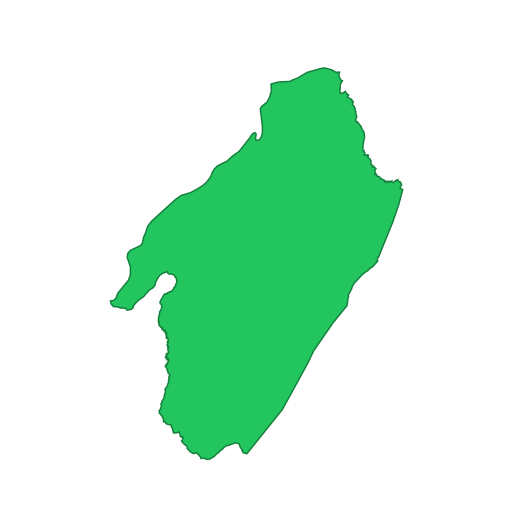 outline of Mwansabombwe, Luapula, Zambia, rotated 34°
{"feature_id": "96606910B97208010005617", "entity_name": "Mwansabombwe", "entity_type": "district", "adm_level": 2, "iso_a3": "ZMB", "parent_name": "Zambia", "parent_adm1": "Luapula", "projection": "equal_earth", "projection_center": [28.784, -9.921], "detail": "fine", "context": "isolated", "style": "filled", "palette": "green", "viewbox_px": 512, "rotation_deg": 34, "n_neighbors": 0, "source": "geoboundaries", "source_scale": "gbopen_adm2", "svg_char_len": 6097}
<svg xmlns="http://www.w3.org/2000/svg" viewBox="0 0 512 512"><g transform="rotate(34 256 256)"><path d="M359.0,424.8L363.7,368.6L358.9,316.2L356.8,302.2L357.2,268.6L359.2,246.2L355.7,239.2L355.4,237.8L354.4,236.7L354.1,235.8L354.2,234.6L353.6,229.6L353.0,228.1L352.6,223.6L354.5,212.1L355.4,208.9L356.9,205.4L357.2,203.3L358.8,199.2L359.7,192.4L359.4,192.4L359.5,191.9L358.9,191.6L357.6,189.1L358.2,188.5L350.5,151.9L345.7,133.9L340.5,118.9L339.8,118.9L338.4,119.5L337.1,118.5L336.9,117.3L337.1,115.9L336.1,114.9L334.0,113.9L333.4,114.3L332.1,114.1L331.3,114.0L330.8,113.4L330.2,114.3L330.1,115.1L329.8,115.3L329.7,115.9L329.2,116.6L328.9,118.3L327.1,118.9L326.5,118.7L326.5,118.2L326.0,118.9L325.5,119.1L325.2,119.8L324.6,119.7L324.7,120.2L324.4,120.2L324.2,120.9L323.1,120.7L322.6,122.3L322.0,122.3L321.8,121.4L321.0,121.7L320.9,122.2L320.2,121.6L319.5,121.4L317.1,122.3L316.8,122.2L316.6,121.6L315.2,122.1L314.5,121.8L313.9,121.1L312.1,122.2L309.7,120.8L309.1,121.9L307.8,119.8L307.1,119.3L306.6,118.0L306.6,116.5L305.2,116.3L304.1,116.7L303.6,116.0L303.1,116.9L302.1,115.7L301.5,116.0L300.1,115.7L297.9,112.6L297.1,112.4L296.3,111.8L294.0,111.7L292.9,111.3L293.3,110.5L292.9,109.6L291.6,109.8L291.3,110.6L289.5,111.8L289.0,110.1L288.4,109.5L287.5,109.4L286.6,108.3L286.3,108.8L285.1,108.1L282.6,103.9L280.2,98.6L279.8,97.2L277.2,93.9L275.4,92.4L273.2,91.8L270.8,89.9L264.8,88.0L263.9,88.8L262.8,87.7L261.9,86.0L261.9,84.8L261.4,83.9L259.6,82.6L257.9,80.4L256.5,79.7L255.8,78.4L253.6,77.0L252.2,76.9L251.1,76.1L250.9,76.2L250.7,74.2L250.1,73.5L248.9,74.1L248.1,72.8L247.1,72.7L246.6,73.1L244.8,72.9L243.5,73.2L242.7,72.8L242.7,70.7L241.1,70.8L239.6,70.4L238.0,69.5L237.4,71.3L237.1,71.6L237.0,72.2L236.4,72.8L235.0,73.9L234.5,73.3L233.6,72.9L233.1,71.9L232.7,71.6L232.1,69.9L230.2,67.6L229.7,63.6L229.7,62.4L227.5,62.7L227.3,62.3L224.7,61.0L222.9,58.6L222.5,56.9L221.0,57.7L220.2,58.9L214.8,59.3L207.9,61.6L205.2,64.0L195.7,75.2L191.0,85.2L187.7,89.9L186.7,92.1L177.1,99.4L172.3,105.0L176.4,110.4L178.4,116.5L179.1,122.3L177.2,128.5L177.2,131.5L188.4,144.4L192.3,150.1L193.8,154.2L193.8,158.2L191.5,159.8L190.9,159.8L189.6,158.4L188.3,155.4L187.6,154.6L186.1,154.4L185.3,155.3L184.7,157.7L184.8,160.8L183.5,178.7L180.6,186.4L178.8,194.0L176.1,198.4L173.6,203.2L172.8,207.7L173.0,211.0L174.1,215.5L173.8,222.4L172.4,227.6L169.6,233.8L166.3,240.1L160.2,247.5L157.7,253.9L149.9,285.9L149.6,292.0L151.4,298.1L152.4,303.6L154.6,308.7L154.4,312.0L148.6,321.8L148.3,325.5L149.8,329.0L158.0,335.3L162.5,342.1L163.8,347.6L162.3,363.2L162.6,365.9L163.4,368.5L163.5,370.2L162.6,372.8L160.4,374.7L162.9,376.8L166.1,377.7L169.6,375.6L172.7,374.9L177.3,372.1L178.6,372.9L179.4,373.0L182.4,370.0L182.7,369.0L182.5,368.1L183.1,367.6L182.3,365.8L182.3,364.4L182.7,361.4L183.7,357.3L185.1,353.7L185.7,351.6L185.8,349.0L186.5,346.2L186.5,345.2L186.3,344.0L186.9,343.2L188.4,339.9L188.6,337.1L187.4,333.7L186.9,328.5L187.0,325.8L188.5,322.0L189.4,321.3L190.6,318.8L192.0,319.4L194.1,319.6L195.7,318.2L196.2,318.3L198.7,317.5L200.7,318.7L202.1,318.7L204.8,321.8L206.1,327.2L205.6,327.9L206.0,329.7L205.9,332.4L205.4,332.9L205.3,333.4L204.7,333.5L204.2,334.1L204.0,335.1L203.7,335.3L203.1,336.5L203.1,337.3L202.0,337.8L201.3,339.7L201.8,344.5L201.7,345.3L202.3,348.2L203.3,349.0L205.4,349.4L206.0,350.3L206.2,351.2L206.9,351.6L207.3,354.5L207.3,355.9L208.7,358.7L210.0,362.4L210.9,363.0L211.0,363.7L211.7,364.9L212.3,364.6L212.4,365.3L212.7,365.8L212.9,365.8L213.2,366.6L214.2,366.9L214.8,368.0L215.7,367.7L216.8,368.2L217.2,367.9L217.5,368.2L218.4,368.0L218.6,368.8L219.0,368.6L219.3,368.9L219.1,369.2L219.5,369.4L219.5,369.9L219.9,368.9L221.5,369.7L221.7,368.8L222.0,368.5L222.6,369.0L222.9,368.7L222.7,369.1L223.2,369.1L223.2,369.8L223.7,369.6L223.8,370.0L224.2,370.0L224.0,370.3L224.5,370.8L224.9,370.8L225.2,370.4L225.3,371.4L225.6,371.4L225.6,371.7L226.0,372.1L226.8,372.2L226.9,372.9L227.1,373.0L227.0,373.4L227.3,373.5L227.5,374.2L228.5,374.0L228.7,373.5L229.5,373.8L230.2,374.5L230.4,375.5L230.7,375.7L230.9,376.2L230.5,376.4L230.7,376.9L231.2,376.7L231.2,377.3L231.8,377.5L231.9,378.8L232.4,379.1L232.2,379.5L233.1,380.2L233.3,379.9L233.5,380.0L233.9,380.7L234.0,380.2L234.5,380.1L234.8,381.6L235.2,381.8L235.2,382.9L237.4,384.7L237.5,385.3L237.3,386.6L236.6,386.5L236.4,387.3L237.3,387.8L237.2,388.3L237.4,388.2L237.8,388.9L237.5,389.6L237.8,390.2L237.7,390.7L238.2,390.8L238.7,390.3L238.9,390.7L239.1,390.4L240.2,390.2L240.2,390.9L240.6,391.0L240.5,391.3L241.1,390.9L241.3,391.3L241.6,391.0L242.4,392.4L242.5,393.0L242.2,393.2L242.3,394.9L242.8,395.6L242.3,395.9L242.3,396.3L242.9,396.2L242.3,397.6L242.5,398.2L245.6,399.4L246.5,400.6L246.8,400.4L247.6,401.0L248.4,402.1L250.4,402.5L251.5,403.8L251.6,404.2L251.3,404.5L251.7,404.9L251.6,405.3L252.6,406.0L252.5,406.3L252.9,406.5L252.8,407.2L253.4,408.8L254.1,409.1L254.3,409.6L254.3,410.9L255.4,414.5L255.0,415.5L255.2,416.2L255.0,417.1L255.3,417.6L255.9,417.8L257.0,419.6L257.8,422.5L258.5,423.4L258.7,424.7L259.3,425.4L259.1,428.5L259.6,429.5L260.0,429.8L259.8,431.4L260.6,432.5L261.6,433.2L262.5,437.3L262.1,438.3L262.8,439.3L263.8,439.8L263.8,440.4L264.6,440.3L267.2,441.3L267.9,441.1L269.3,442.5L270.5,443.0L271.3,443.8L271.8,444.9L272.4,445.2L273.2,444.4L274.2,444.5L274.9,445.2L275.9,445.2L278.8,444.2L279.7,443.4L280.5,443.9L281.5,445.0L283.6,446.0L285.6,448.2L286.9,448.7L290.4,445.7L290.6,444.8L290.9,444.7L292.9,446.4L294.1,447.9L295.7,447.8L296.1,446.8L296.5,446.9L297.5,448.4L297.9,449.9L297.6,450.7L298.0,451.2L301.3,452.1L302.2,451.7L303.2,452.4L304.3,452.1L305.6,452.6L306.2,453.7L306.5,453.6L307.3,454.3L309.4,454.5L310.8,455.1L314.0,454.9L315.1,454.5L315.9,453.1L316.8,452.4L318.6,452.9L319.5,452.8L321.2,453.4L321.8,453.2L323.7,454.6L326.0,452.7L327.3,452.6L330.1,451.3L331.6,449.8L332.0,448.4L333.5,445.6L333.5,444.1L334.9,439.8L335.3,436.9L336.0,436.0L336.6,432.1L337.1,430.8L338.2,429.2L339.9,427.6L340.6,426.0L342.5,423.9L342.9,422.8L345.1,421.6L347.3,421.4L350.2,423.5L352.8,424.3L353.1,425.1L353.7,424.9L354.3,425.8L355.0,426.1L355.7,426.2L358.5,425.2L359.0,424.8Z" fill="#22c55e" stroke="#15803d" stroke-width="1.5"/></g></svg>